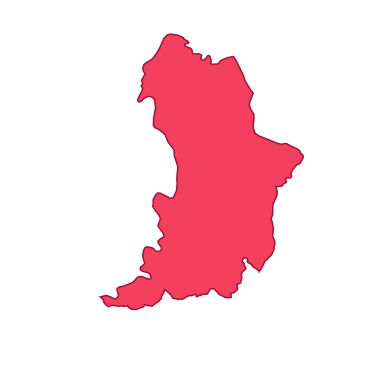 outline of Pan de Azúcar, Maldonado, Uruguay, rotated 206°
{"feature_id": "84410073B72110220919520", "entity_name": "Pan de Azúcar", "entity_type": "district", "adm_level": 2, "iso_a3": "URY", "parent_name": "Uruguay", "parent_adm1": "Maldonado", "projection": "natural_earth1", "projection_center": [-55.245, -34.679], "detail": "fine", "context": "isolated", "style": "filled", "palette": "rose", "viewbox_px": 384, "rotation_deg": 206, "n_neighbors": 0, "source": "geoboundaries", "source_scale": "gbopen_adm2", "svg_char_len": 5800}
<svg xmlns="http://www.w3.org/2000/svg" viewBox="0 0 384 384"><g transform="rotate(206 192 192)"><path d="M96.7,150.0L96.0,153.6L96.1,161.6L94.4,166.2L92.9,170.9L93.2,176.6L94.2,178.4L94.6,181.1L96.2,184.3L100.3,187.7L102.4,194.2L106.6,200.0L109.3,202.7L109.4,206.5L113.8,216.1L114.1,226.3L116.1,230.4L119.0,233.6L117.4,234.5L113.9,236.7L113.0,240.1L111.3,242.0L113.8,244.8L112.6,246.4L109.6,247.8L109.4,250.1L111.2,251.4L111.2,256.6L110.6,258.6L110.0,261.9L107.5,264.9L107.1,271.2L107.8,273.2L112.0,275.0L113.4,276.4L116.8,276.8L126.9,276.7L128.0,277.1L130.1,276.0L132.5,274.1L137.2,273.1L156.6,271.7L161.2,272.6L165.2,276.5L166.9,280.2L167.9,283.9L169.6,287.3L170.8,289.2L175.0,291.7L178.7,295.4L179.5,298.5L180.0,303.7L180.2,307.4L180.8,308.2L183.5,309.0L187.6,311.7L192.8,315.1L197.7,319.9L209.2,328.9L213.5,331.7L214.6,331.7L218.3,328.8L222.7,324.2L224.0,322.0L224.3,319.6L225.5,317.9L227.5,317.0L230.1,315.5L231.6,315.7L232.0,318.0L233.9,320.2L235.5,321.7L236.4,322.2L237.9,320.9L238.0,318.4L239.3,315.6L241.2,315.2L242.6,315.7L243.1,319.1L244.9,319.4L247.5,318.9L249.5,317.6L250.8,316.7L252.4,317.0L253.5,318.6L254.8,320.0L256.3,320.5L259.2,320.3L261.4,320.3L262.9,320.5L263.2,322.0L260.7,323.9L260.4,325.0L261.5,325.6L264.1,325.8L266.4,326.0L267.1,326.6L267.1,326.9L273.5,326.8L280.8,324.4L283.2,322.2L284.6,317.2L284.2,307.5L284.6,301.4L285.9,294.3L289.5,288.6L291.1,285.5L290.7,282.2L289.5,280.2L287.3,278.4L285.9,277.9L286.4,270.3L283.9,268.0L284.1,265.0L281.3,262.8L281.4,253.9L281.3,251.2L280.1,249.9L278.5,249.8L277.1,252.2L276.3,254.6L275.2,256.4L273.5,258.5L270.7,259.7L268.4,259.5L265.8,258.3L263.6,254.6L262.2,252.7L260.9,249.5L260.6,247.5L258.6,241.0L255.8,234.8L253.7,233.6L249.7,233.7L244.1,232.6L240.9,231.4L235.6,226.5L226.7,222.2L224.0,217.1L217.6,210.4L215.5,208.0L212.7,200.3L210.4,195.2L209.1,193.4L206.5,186.1L206.4,178.5L208.7,176.9L216.1,176.9L219.9,177.0L222.4,176.1L223.3,173.8L223.5,168.2L221.5,163.9L221.1,161.8L217.4,159.6L211.9,156.9L208.6,154.3L208.0,147.1L205.5,145.2L200.6,142.7L198.7,141.2L197.5,139.3L199.7,136.4L201.0,132.9L199.7,131.1L195.6,129.0L194.3,127.4L194.9,124.9L197.4,123.1L199.7,123.3L202.1,124.4L207.3,123.5L209.2,122.3L209.9,121.1L209.9,118.6L209.1,115.3L208.2,112.7L205.5,109.5L203.2,107.4L203.5,105.7L205.1,102.5L205.2,100.6L204.1,99.4L201.7,99.1L198.8,99.6L196.9,100.3L195.3,100.1L193.7,99.5L191.6,97.6L191.2,95.8L193.5,94.5L198.8,94.2L201.6,93.4L203.7,91.4L204.5,87.9L206.0,84.3L212.5,77.1L215.2,75.2L216.8,73.1L216.8,71.4L215.7,70.1L213.0,67.4L212.6,64.6L213.5,63.2L215.0,61.9L218.3,62.0L222.6,61.7L224.4,60.9L228.4,57.5L228.1,57.5L227.2,57.2L225.4,56.7L224.7,56.2L224.1,55.8L223.8,55.5L223.6,55.2L222.5,54.0L222.4,54.0L222.0,54.0L221.9,53.9L221.6,53.6L221.6,53.4L221.3,53.3L220.8,53.3L220.3,53.2L218.8,52.6L218.4,52.4L216.9,52.3L216.6,52.5L216.2,52.9L215.0,54.5L214.7,54.9L214.4,55.1L208.9,56.9L208.6,57.0L207.6,57.3L207.0,57.6L206.5,57.9L205.2,58.9L204.7,59.0L204.4,59.1L204.2,59.1L202.6,59.7L202.4,59.8L201.9,60.0L201.3,60.6L200.9,60.9L200.7,61.1L200.4,61.4L200.1,61.6L199.5,61.0L196.9,60.2L194.8,60.1L192.0,61.3L190.5,62.2L189.3,63.4L188.4,64.4L187.6,65.5L186.7,66.2L185.2,67.6L185.1,68.0L185.2,68.7L185.2,69.7L185.1,69.8L184.8,70.0L184.1,70.1L182.2,70.6L181.7,70.7L181.3,70.9L180.9,71.1L180.4,71.1L178.5,71.6L177.9,71.9L177.8,72.0L177.6,72.3L177.5,72.6L177.3,73.0L177.1,73.6L176.4,74.8L176.3,75.0L176.0,75.6L175.9,76.0L175.6,76.6L175.1,77.3L174.9,77.7L174.4,78.5L173.9,79.3L173.8,79.7L173.5,81.1L173.1,82.0L173.1,82.4L173.0,82.6L173.0,83.3L173.3,84.2L173.5,84.7L173.6,85.1L173.6,85.6L173.7,86.2L173.7,86.4L173.5,86.8L173.5,87.0L173.4,87.5L173.4,88.1L173.3,88.8L173.3,89.0L173.3,89.4L173.7,91.5L173.8,92.2L173.7,92.2L173.3,92.2L172.9,92.1L171.4,91.8L170.2,91.6L169.7,91.5L169.3,91.5L167.1,90.5L166.5,90.4L165.9,90.3L165.6,90.2L164.5,89.4L163.1,88.4L162.5,88.2L162.2,88.2L161.9,88.3L159.8,88.9L158.9,89.3L158.5,89.3L158.1,89.0L157.9,89.0L157.4,89.4L156.7,90.2L156.1,90.5L155.6,90.6L155.4,90.7L154.7,91.3L153.5,91.6L153.3,91.9L152.5,92.9L151.1,95.1L149.1,97.7L148.8,97.9L148.7,98.0L147.5,98.3L147.1,98.5L146.8,98.8L144.6,101.1L144.3,101.4L143.8,101.6L143.6,101.6L143.4,101.5L142.4,100.0L142.2,99.9L141.9,99.9L141.5,100.3L139.9,102.4L139.6,102.6L138.9,102.8L138.6,103.0L138.4,103.4L138.0,104.3L137.8,104.5L135.8,105.7L133.9,106.7L133.7,106.8L133.7,107.1L133.4,107.8L133.3,108.3L133.4,109.3L133.3,109.9L133.3,110.2L133.1,110.6L133.1,111.0L133.1,112.8L130.0,114.7L125.2,113.0L122.9,112.0L120.5,111.8L118.1,111.9L117.3,111.8L116.9,111.6L116.7,111.7L116.6,111.8L116.1,111.8L115.9,111.8L115.8,112.0L115.7,112.1L115.3,112.1L115.0,112.2L114.8,112.2L114.8,112.5L114.6,112.6L114.2,112.7L113.9,112.6L113.6,112.6L113.5,112.8L113.3,112.9L113.1,112.9L113.0,113.1L112.7,113.2L112.6,113.4L112.4,113.5L111.9,113.7L110.7,114.2L110.7,114.9L111.6,116.5L113.1,117.3L111.8,118.9L110.2,119.7L109.2,122.3L108.3,124.4L111.1,128.4L108.4,131.7L109.2,134.8L109.6,136.6L111.7,140.0L111.4,143.1L109.9,146.4L110.2,147.1L111.1,148.1L112.3,148.4L113.3,149.2L113.6,150.0L113.9,150.7L115.0,151.1L116.4,151.4L116.6,152.0L116.8,155.7L116.5,155.8L115.5,156.0L114.9,156.2L114.0,156.3L113.6,156.2L113.2,156.2L112.9,155.9L112.6,155.9L112.2,155.4L111.9,155.1L111.7,154.9L111.8,154.8L111.7,154.6L112.0,154.4L112.0,154.1L112.0,153.9L111.7,153.6L111.3,153.5L111.2,153.4L110.9,153.2L110.7,153.1L110.3,153.2L110.0,153.1L109.8,153.1L109.4,153.1L109.1,153.3L108.8,153.2L108.6,153.3L108.4,153.2L108.1,153.0L107.9,153.3L107.7,153.3L107.4,153.0L107.1,152.9L106.9,153.1L106.7,153.1L106.4,153.0L106.0,152.6L106.0,152.4L105.9,152.1L105.6,152.1L104.8,152.0L104.6,151.9L104.4,151.7L104.1,151.6L104.0,151.3L103.8,151.3L103.0,151.4L102.6,151.4L100.3,151.2L99.9,151.1L99.1,150.7L98.3,150.6L97.5,150.6L97.3,150.6L96.8,150.2L96.7,150.0Z" fill="#f43f5e" stroke="#9f1239" stroke-width="1.5"/></g></svg>